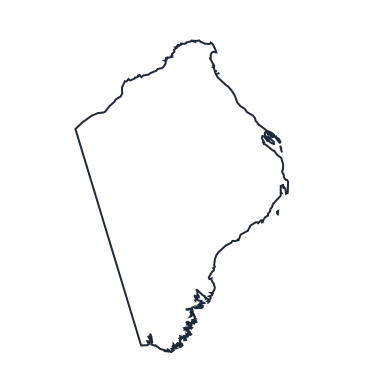 outline of Western Australia, rotated 160°
{"feature_id": "AUS-2651", "entity_name": "Western Australia", "entity_type": "State", "adm_level": 1, "iso_a3": "AUS", "parent_name": "Australia", "parent_adm1": "", "projection": "albers", "projection_center": [121.445, -24.431], "detail": "fine", "context": "isolated", "style": "outline", "palette": "slate", "viewbox_px": 384, "rotation_deg": 160, "n_neighbors": 0, "source": "natural_earth", "source_scale": "10m", "svg_char_len": 5882}
<svg xmlns="http://www.w3.org/2000/svg" viewBox="0 0 384 384"><g transform="rotate(160 192 192)"><path d="M280.0,291.1L270.9,295.0L260.2,298.0L253.3,298.3L247.7,296.9L245.7,297.4L240.3,300.9L234.1,303.3L232.2,305.0L226.3,306.2L223.8,308.6L222.1,314.1L217.2,319.0L215.6,318.3L213.1,319.9L212.6,318.5L211.6,317.9L206.9,318.3L206.4,319.1L204.1,318.5L203.1,319.1L203.0,319.9L201.2,319.9L201.0,318.2L200.2,317.2L197.8,318.2L192.7,317.2L190.8,317.9L184.1,318.2L182.2,319.3L177.8,318.7L175.6,319.5L173.0,321.6L171.9,323.9L172.9,324.9L171.2,324.7L170.8,326.4L170.1,325.7L169.3,326.9L168.0,326.1L164.9,325.9L165.5,326.5L163.7,327.3L163.7,328.4L160.6,329.8L160.1,331.9L157.5,332.6L158.0,333.5L156.9,333.2L153.9,333.8L155.8,334.5L155.0,335.0L152.3,334.1L151.6,335.3L148.4,333.8L146.8,333.7L146.2,334.5L141.7,333.9L140.7,334.5L137.9,333.2L139.1,333.1L137.8,332.0L137.7,332.8L133.3,331.9L132.5,330.2L129.0,326.9L125.3,325.1L124.1,325.2L123.4,326.0L122.2,324.5L121.4,319.4L121.5,314.9L123.9,316.4L125.8,316.2L127.4,314.5L128.5,311.8L129.3,311.6L129.4,311.2L129.2,310.2L129.0,311.5L128.9,308.0L127.9,303.1L128.9,301.1L128.3,303.1L129.2,304.7L128.5,302.7L129.7,302.3L129.1,301.4L129.2,298.7L128.5,297.9L129.2,297.8L129.4,296.7L128.7,291.2L123.6,280.9L122.0,278.8L120.4,274.8L118.8,268.3L118.9,260.8L117.0,255.9L114.1,252.4L113.0,248.2L108.5,242.8L107.5,239.6L107.9,237.2L106.1,232.3L100.6,223.9L97.1,220.6L95.1,217.2L96.5,218.2L96.7,215.0L97.2,218.7L98.0,220.1L97.4,215.2L97.9,217.3L98.6,217.1L99.2,221.4L99.8,218.7L100.2,222.5L100.9,220.7L101.5,223.6L103.2,222.8L103.8,221.7L103.9,219.3L102.6,218.0L101.4,217.8L100.0,216.0L99.7,214.1L97.9,211.3L98.8,208.3L99.0,209.5L101.6,212.0L102.0,213.2L101.9,217.4L102.7,217.5L103.3,216.3L103.2,213.9L103.9,214.3L104.0,216.2L105.5,219.8L106.6,220.5L108.0,218.7L107.2,214.2L108.2,214.3L108.0,212.3L106.7,211.6L102.0,203.5L100.7,202.7L99.3,197.7L96.5,193.6L96.9,186.8L98.5,182.8L100.4,180.4L99.9,176.5L100.6,174.9L100.4,173.3L99.7,171.4L98.5,170.7L98.2,168.7L102.4,158.4L104.2,158.1L103.2,163.0L103.7,165.0L104.5,164.8L104.0,167.4L104.7,167.6L106.0,166.4L106.6,167.1L108.4,162.5L108.2,160.4L108.9,160.9L110.0,158.1L120.1,153.0L121.8,150.6L124.1,149.2L125.5,146.9L128.1,145.6L128.6,143.9L131.8,143.3L134.8,141.1L135.9,139.4L136.5,139.5L135.8,141.1L136.8,141.8L140.4,140.1L140.8,141.1L142.4,141.7L146.9,140.9L149.0,140.1L152.8,136.5L160.9,135.3L164.5,131.0L165.3,131.6L165.7,130.9L169.1,131.4L170.7,132.3L172.5,130.9L178.8,130.1L187.8,126.3L190.8,124.2L193.6,120.8L196.4,115.2L196.1,113.9L198.0,113.2L197.6,112.2L198.6,110.6L199.8,110.6L205.4,106.0L205.4,104.2L203.2,104.1L203.7,103.2L203.6,100.5L202.9,98.5L203.2,94.5L204.6,92.2L207.2,90.6L207.1,89.9L208.7,90.6L207.8,89.2L208.5,88.1L211.6,88.1L210.7,87.1L210.8,85.8L212.5,84.5L212.9,83.2L214.2,82.8L213.9,83.4L214.6,84.0L213.8,84.0L213.4,85.5L214.5,87.0L215.6,86.9L215.1,88.0L215.8,88.5L215.7,89.9L217.2,91.3L221.1,99.1L221.1,96.0L222.1,93.7L221.3,92.4L221.5,91.0L225.5,94.1L224.1,91.2L224.9,91.6L224.7,90.5L226.1,89.0L225.9,88.6L225.5,89.4L224.1,89.8L223.0,87.7L220.5,86.5L221.8,85.1L220.5,85.4L219.4,84.3L220.3,84.5L219.9,84.0L222.2,84.8L221.5,84.6L222.4,84.3L220.5,83.2L223.1,83.6L222.1,82.7L223.1,82.9L223.1,82.3L220.9,81.3L221.3,80.2L223.3,79.7L224.4,80.4L223.9,80.6L224.5,81.1L223.4,81.3L225.1,82.2L225.1,83.6L225.5,82.4L226.8,82.9L226.2,81.8L226.7,81.6L225.7,80.8L228.5,81.6L229.7,83.2L231.2,83.4L231.8,82.7L238.1,83.8L235.8,82.7L232.0,82.4L231.8,80.9L232.5,78.8L233.6,80.4L234.6,79.6L234.8,76.7L236.5,75.5L234.9,75.5L233.2,78.0L232.6,75.7L232.2,76.3L231.9,73.7L232.6,72.9L231.9,71.7L232.9,71.7L233.2,70.9L235.2,71.5L235.4,70.3L235.9,71.1L236.6,69.5L235.8,69.4L235.7,68.1L236.9,68.6L236.7,69.2L237.5,68.7L237.8,69.5L239.0,69.6L240.0,70.5L239.8,71.2L240.7,71.5L240.8,70.9L242.4,71.8L241.0,70.4L242.0,69.1L240.6,68.6L239.0,69.3L238.6,68.8L240.9,67.0L238.4,68.1L238.0,67.0L238.6,66.2L239.8,66.6L240.4,66.2L240.2,64.4L241.3,64.6L241.0,65.3L241.8,65.4L242.3,67.1L242.1,65.3L242.3,65.0L243.9,66.8L245.8,66.8L244.9,65.7L245.8,65.1L242.6,64.2L244.2,63.4L242.9,62.8L242.0,61.4L244.2,60.1L243.4,59.8L244.9,58.3L244.8,59.7L245.4,58.8L246.0,60.2L246.8,58.2L248.0,59.0L248.1,55.0L250.0,55.4L249.7,56.2L249.0,56.2L249.3,58.5L248.6,60.2L250.0,57.1L249.9,58.1L251.5,57.9L251.2,59.6L252.3,60.4L252.4,58.8L253.9,58.7L253.2,57.0L254.3,56.6L254.3,55.1L255.4,54.6L255.3,53.2L253.5,52.9L253.4,51.8L254.9,52.3L253.9,50.9L255.0,50.5L254.9,51.0L255.6,50.9L255.1,52.2L256.5,51.4L255.8,53.1L256.4,53.1L256.1,54.1L257.3,55.1L258.1,54.5L257.4,53.9L257.9,52.8L259.3,51.7L261.1,51.4L259.5,53.1L260.5,53.1L260.0,53.6L261.0,54.0L261.4,55.2L262.1,53.1L262.6,53.8L263.2,53.2L262.9,52.0L264.9,51.6L263.5,49.5L264.4,49.2L264.8,49.9L265.2,49.6L264.8,49.1L266.3,48.7L267.7,50.1L267.5,50.9L268.4,52.0L269.0,50.9L269.3,51.8L269.9,51.1L271.1,52.1L271.1,51.3L272.2,51.8L272.6,53.4L275.3,55.1L278.8,60.5L279.5,60.4L282.3,62.5L281.7,63.1L281.8,64.1L280.8,64.4L279.6,70.2L279.9,71.7L279.2,72.9L280.2,72.0L280.7,68.8L282.7,71.8L281.7,67.1L283.3,65.2L283.7,67.0L283.9,66.3L284.6,67.0L285.0,67.1L284.5,63.8L286.3,63.3L292.3,65.2L280.0,291.1ZM94.8,214.4L95.6,217.0L92.3,212.2L91.7,208.9L92.2,208.3L92.8,208.4L94.6,213.6L94.4,214.7L94.8,214.4ZM119.4,142.7L118.8,144.4L117.6,144.6L119.0,141.9L119.4,142.7ZM234.6,69.1L235.5,70.0L234.0,70.6L234.6,69.7L233.0,69.5L234.5,68.0L234.6,69.1ZM242.4,57.5L243.0,59.5L242.1,60.2L241.6,58.9L242.1,59.0L242.4,57.5ZM283.9,64.7L284.9,67.0L283.9,65.9L283.9,64.7ZM280.9,66.8L281.6,68.1L281.5,68.9L280.7,68.1L280.9,66.8ZM93.3,205.4L93.3,202.5L93.7,201.8L93.3,205.4ZM93.8,200.2L93.7,201.6L93.9,198.4L93.8,200.2ZM232.4,68.3L232.7,68.8L231.5,68.6L232.4,68.3ZM239.2,64.0L239.2,65.2L238.4,64.4L239.2,64.0ZM260.2,50.5L260.9,50.5L261.7,50.9L260.4,50.9L260.2,50.5ZM125.7,294.7L126.6,294.3L126.9,294.4L125.7,294.7ZM128.2,296.3L128.5,297.2L128.5,297.5L128.3,297.4L128.2,296.3Z" fill="none" stroke="#1e293b" stroke-width="2"/></g></svg>